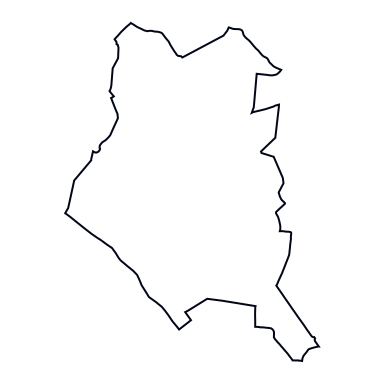 outline of 6e Arrondissement, Analamanga, Madagascar
{"feature_id": "10022922B53755400100934", "entity_name": "6e Arrondissement", "entity_type": "district", "adm_level": 2, "iso_a3": "MDG", "parent_name": "Madagascar", "parent_adm1": "Analamanga", "projection": "orthographic", "projection_center": [47.5, -18.868], "detail": "fine", "context": "isolated", "style": "outline", "palette": "ink", "viewbox_px": 384, "rotation_deg": 0, "n_neighbors": 0, "source": "geoboundaries", "source_scale": "gbopen_adm2", "svg_char_len": 4928}
<svg xmlns="http://www.w3.org/2000/svg" viewBox="0 0 384 384"><path d="M318.8,346.5L315.0,341.1L314.9,340.6L314.9,340.1L314.7,339.7L314.8,339.2L314.9,338.7L315.1,338.4L314.5,337.6L314.2,337.1L313.9,337.2L313.6,337.2L313.2,337.1L312.5,336.9L311.8,336.4L311.5,336.1L311.4,335.9L310.6,334.8L309.2,332.8L308.9,332.3L307.3,330.2L305.3,327.2L305.0,326.8L303.7,324.8L302.3,322.9L301.1,321.2L300.0,319.7L297.5,316.2L295.1,312.7L292.4,308.9L290.0,305.4L286.1,299.8L283.7,296.3L282.9,295.1L278.5,288.8L276.3,285.6L276.7,285.0L276.9,284.8L278.4,281.2L280.5,276.5L282.0,273.3L283.1,270.5L284.3,267.5L286.1,262.8L287.9,258.3L289.2,254.7L289.7,250.1L290.2,245.0L290.4,243.1L290.5,242.3L290.9,239.3L290.9,236.4L291.1,234.8L291.2,233.4L291.1,232.5L290.6,232.1L288.5,231.7L286.4,231.7L284.5,231.4L282.0,231.1L280.7,231.2L280.0,231.2L279.8,231.2L280.1,230.1L280.3,228.9L280.3,227.5L280.3,226.4L280.2,225.4L279.8,223.5L279.2,220.7L278.7,219.1L278.2,217.3L277.8,216.4L277.0,215.1L276.5,214.1L276.1,213.5L276.0,213.0L276.0,212.5L276.1,212.1L276.5,211.6L277.2,211.0L278.9,209.3L281.9,206.6L282.3,206.2L283.3,205.3L284.4,204.2L284.9,203.8L285.0,203.6L285.0,203.3L284.9,203.1L284.8,202.9L283.8,201.9L282.8,201.0L281.8,200.0L281.1,199.1L280.7,198.2L280.0,196.7L279.7,196.2L279.7,195.7L279.0,193.7L278.7,192.4L283.5,183.3L283.2,180.7L282.8,177.9L273.7,156.8L261.5,153.0L261.0,151.5L261.6,150.9L275.3,137.8L278.9,106.7L278.9,106.1L279.0,104.6L275.3,105.6L273.6,106.5L265.7,109.1L259.6,110.6L253.2,112.1L251.8,112.8L253.8,107.2L256.7,73.8L268.1,75.0L268.4,75.1L269.1,75.2L269.9,75.3L271.4,75.3L272.8,75.3L274.0,75.1L275.0,74.9L275.7,74.7L276.5,74.4L277.1,74.1L277.5,73.8L278.0,73.4L278.8,72.6L279.6,71.9L280.2,71.2L280.4,71.0L281.2,69.8L279.1,69.0L276.3,67.8L274.2,66.7L273.1,65.9L271.8,64.6L270.4,63.3L269.4,62.2L269.0,61.4L268.1,59.7L267.4,58.6L266.5,57.8L264.7,57.0L263.2,56.1L261.9,54.9L260.0,52.7L259.3,51.7L258.0,50.3L255.9,48.4L253.6,45.8L251.8,43.6L249.9,41.3L249.3,40.8L248.3,39.8L247.2,39.0L245.8,37.7L244.6,36.4L243.8,35.3L243.3,34.0L242.9,32.4L242.5,31.3L241.9,30.4L241.0,29.8L240.0,29.4L238.9,29.2L237.8,29.1L236.2,29.1L234.6,29.0L233.7,28.9L233.3,29.0L232.6,28.7L231.6,28.4L231.4,28.3L228.9,27.4L228.5,27.9L228.3,28.2L228.2,28.5L228.1,29.1L227.9,29.5L227.5,30.2L227.2,30.8L226.8,31.3L223.5,35.6L182.3,57.5L181.0,56.2L179.5,56.1L178.2,55.9L176.8,54.9L175.6,53.0L174.2,51.1L171.2,46.3L170.3,44.8L168.7,41.6L166.0,38.4L165.1,37.3L163.9,35.6L162.7,34.0L162.1,33.3L161.2,32.7L158.2,31.8L154.3,31.5L152.0,30.9L149.5,30.8L147.3,31.2L144.3,30.4L141.3,28.9L137.8,27.3L136.1,26.3L133.4,24.5L132.0,23.7L131.3,23.3L131.0,23.2L130.8,23.0L129.7,24.1L128.4,25.2L127.4,26.0L125.8,27.4L124.1,29.1L121.9,31.2L120.9,32.2L119.1,34.3L117.7,35.9L116.0,37.7L115.0,38.8L114.6,39.2L115.1,40.1L116.4,41.7L116.6,44.3L117.7,44.7L118.5,47.7L118.1,57.6L118.1,58.2L112.7,68.3L111.3,85.9L111.0,87.0L110.6,88.8L110.2,89.9L109.5,91.0L110.0,91.8L110.5,92.4L111.3,93.3L112.0,94.2L113.2,95.6L113.8,96.4L112.0,97.6L111.1,98.0L113.3,103.6L115.4,109.0L117.4,113.7L117.5,113.9L117.9,118.3L113.7,127.4L110.2,135.3L107.9,138.0L105.4,140.3L102.4,142.2L101.0,143.8L99.8,145.5L99.6,147.2L99.5,147.8L100.1,148.7L99.9,149.5L99.8,149.8L99.5,150.3L99.2,150.7L99.0,151.0L98.6,151.4L98.3,151.7L97.9,152.0L97.3,152.2L97.0,152.4L96.5,152.5L96.1,152.6L95.6,152.6L95.3,152.4L94.6,152.3L93.7,151.7L93.0,151.3L92.3,154.6L91.5,157.9L91.3,158.8L91.2,159.7L91.2,160.3L74.2,180.5L68.2,208.0L65.2,213.2L70.0,216.7L76.3,221.8L84.4,228.3L91.6,233.9L97.4,237.9L100.6,239.9L107.1,244.7L112.0,248.0L115.6,252.9L118.7,258.0L120.5,260.3L123.7,263.0L126.8,265.6L133.5,271.1L137.1,274.9L138.9,278.7L140.2,281.7L141.7,285.4L146.7,293.3L148.9,297.0L156.3,302.3L157.7,303.5L161.7,306.7L165.1,310.8L168.3,315.1L172.4,321.2L176.9,326.6L179.1,329.5L181.0,328.0L191.0,320.2L185.2,312.1L187.8,310.8L207.2,298.8L221.3,300.6L222.1,300.7L255.3,306.1L255.5,306.1L255.2,308.0L255.2,309.8L255.1,312.5L255.1,315.8L255.2,319.8L255.2,322.6L255.2,324.2L255.2,325.8L255.2,326.8L257.3,326.9L258.7,327.0L259.7,327.1L260.1,327.3L261.5,327.3L263.6,327.4L265.3,327.6L266.1,327.7L266.9,327.8L268.2,327.9L269.8,328.1L271.2,328.4L271.8,328.8L272.5,329.4L273.0,330.0L273.4,330.5L273.7,331.2L273.9,331.9L274.0,333.1L274.0,334.4L273.9,336.3L273.9,337.3L274.4,338.2L275.0,339.1L275.6,339.9L276.4,340.7L277.5,342.1L278.8,343.4L279.7,344.4L280.7,345.6L281.5,346.6L282.8,348.0L284.0,349.5L285.4,351.1L286.3,352.1L287.1,353.0L287.9,354.0L289.0,355.5L289.8,356.6L290.6,357.6L291.4,358.6L292.0,359.5L292.6,360.4L292.8,360.4L293.1,360.4L294.3,360.4L295.7,360.5L297.1,360.4L298.1,360.4L298.7,360.6L298.9,360.7L299.5,360.7L300.7,360.7L301.6,360.9L302.1,361.0L302.2,360.2L302.3,359.7L302.4,358.7L302.8,357.5L303.4,356.1L304.0,355.2L306.7,351.9L307.1,351.3L307.2,351.1L307.4,350.9L307.7,350.4L308.0,350.0L308.2,349.7L308.5,349.4L308.8,349.2L311.3,348.3L313.7,347.6L316.9,346.8L318.6,346.5L318.8,346.5Z" fill="none" stroke="#020617" stroke-width="2"/></svg>